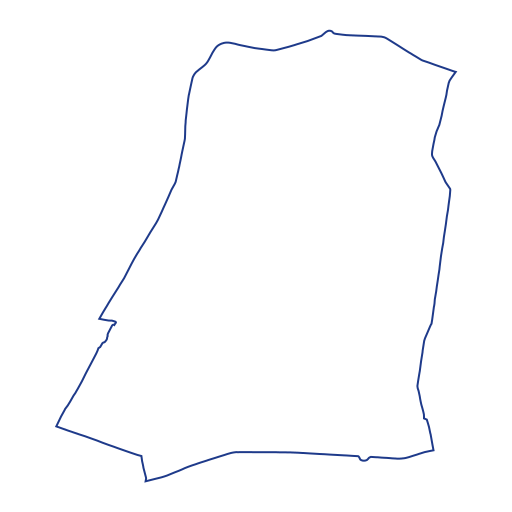 the district of Cuauhtémoc, Distrito Federal, Mexico
{"feature_id": "50627088B31527020598056", "entity_name": "Cuauhtémoc", "entity_type": "district", "adm_level": 2, "iso_a3": "MEX", "parent_name": "Mexico", "parent_adm1": "Distrito Federal", "projection": "albers", "projection_center": [-99.15, 19.433], "detail": "fine", "context": "isolated", "style": "outline", "palette": "blue", "viewbox_px": 512, "rotation_deg": 0, "n_neighbors": 0, "source": "geoboundaries", "source_scale": "gbopen_adm2", "svg_char_len": 5100}
<svg xmlns="http://www.w3.org/2000/svg" viewBox="0 0 512 512"><path d="M188.9,94.8L188.8,95.0L188.2,99.0L186.9,109.5L186.5,113.3L185.7,120.4L185.6,122.8L185.3,126.1L185.1,134.4L184.9,138.8L184.5,141.0L183.8,144.2L182.3,151.2L181.6,154.6L181.1,157.3L180.3,161.2L179.7,164.0L179.2,166.6L178.6,169.1L178.1,171.5L177.1,175.6L175.9,180.9L175.6,182.0L174.8,183.8L171.5,189.7L168.4,196.9L165.0,204.5L163.6,207.5L161.7,211.8L160.1,215.2L158.1,219.5L156.1,223.1L154.1,226.3L150.5,232.0L144.7,241.8L140.7,248.0L139.2,250.6L137.2,253.7L134.2,258.8L131.4,264.0L129.0,268.7L124.1,278.2L121.0,283.1L120.1,284.5L118.3,287.6L117.9,288.2L112.5,296.7L112.0,297.5L108.6,303.0L106.8,306.1L105.6,308.0L102.9,312.5L99.3,318.8L103.7,319.7L108.4,320.5L110.2,320.6L111.9,320.6L114.9,321.5L115.6,321.8L115.9,322.6L114.5,324.6L114.3,325.0L114.0,324.8L113.5,324.7L113.0,324.8L112.4,325.2L112.0,325.7L108.0,333.4L107.6,334.7L107.5,335.2L107.7,335.8L107.6,336.3L107.4,336.7L107.1,337.7L107.0,338.7L106.7,339.5L106.2,340.3L105.8,340.8L105.4,341.3L105.0,341.8L104.3,342.3L103.4,342.5L102.4,343.2L100.2,347.0L98.4,348.2L97.6,350.5L96.3,353.4L94.8,356.3L90.6,364.3L87.0,371.1L85.6,373.8L82.0,381.1L80.8,383.3L77.6,389.1L76.7,390.6L75.3,393.1L73.6,395.5L70.2,401.5L67.8,405.4L65.1,409.0L64.7,409.9L61.5,415.7L61.2,416.2L56.3,426.4L68.1,430.6L79.6,434.5L85.2,436.3L91.0,438.4L97.2,440.6L102.5,442.7L108.5,444.9L114.3,446.9L117.0,447.9L120.1,449.0L126.1,451.1L131.6,453.0L137.0,454.8L137.6,455.0L141.4,456.0L142.1,461.1L142.9,464.7L143.4,467.3L143.4,467.6L146.0,477.6L146.1,478.5L145.8,480.2L145.6,481.3L146.8,481.0L155.1,478.9L160.8,477.5L161.9,477.2L164.2,476.5L166.9,475.6L171.0,473.9L174.9,472.3L178.8,470.8L182.1,469.4L184.9,468.1L188.2,466.8L191.8,465.5L193.3,465.0L195.5,464.3L198.0,463.4L201.3,462.3L204.2,461.4L207.0,460.5L207.8,460.2L210.6,459.3L214.8,458.0L219.2,456.6L222.1,455.7L224.7,454.9L227.4,454.0L230.9,453.0L232.3,452.7L234.0,452.4L236.4,452.1L237.4,452.2L242.4,452.1L257.1,452.2L261.5,452.2L265.7,452.2L269.2,452.2L269.7,452.2L275.8,452.2L278.8,452.3L285.0,452.3L286.1,452.3L286.8,452.4L290.3,452.4L292.4,452.5L297.6,452.7L302.7,453.0L303.4,453.0L309.4,453.4L314.6,453.7L319.5,454.0L324.2,454.2L330.2,454.6L335.7,454.9L341.1,455.2L347.0,455.5L353.0,455.9L356.6,456.1L358.1,456.2L358.5,456.4L359.2,457.3L359.6,458.1L360.0,459.0L360.5,459.7L361.4,460.2L362.7,460.6L363.4,460.7L364.3,460.7L365.6,460.5L366.9,460.0L368.0,459.0L368.8,458.0L369.5,457.5L370.9,456.9L372.6,457.0L375.4,457.2L378.1,457.3L381.3,457.6L384.9,457.8L387.1,457.9L388.2,458.0L389.7,458.1L391.8,458.3L393.1,458.4L395.4,458.5L396.2,458.6L398.6,458.7L399.0,458.7L400.3,458.6L402.0,458.5L402.4,458.4L403.8,458.3L405.6,458.0L407.1,457.6L409.0,457.1L413.3,455.7L416.6,454.7L417.8,454.3L419.2,453.8L420.6,453.4L421.8,453.0L424.7,452.1L428.5,451.3L428.9,451.2L433.5,450.3L432.4,444.4L430.6,434.3L430.3,433.3L429.8,430.9L429.0,427.0L428.0,423.5L426.8,419.6L424.0,418.4L424.0,416.6L423.9,414.4L423.2,411.3L422.4,408.3L421.3,404.5L420.7,401.7L420.2,399.2L419.7,396.1L418.6,391.0L417.7,388.2L417.4,386.0L418.2,380.5L419.3,373.8L419.8,371.0L421.1,361.1L422.5,352.4L422.7,350.3L424.2,340.8L425.0,338.3L427.8,331.8L430.1,326.4L431.0,324.5L431.5,323.8L432.2,319.5L433.0,313.6L433.9,306.9L434.0,306.5L434.2,305.5L434.5,303.5L434.8,299.5L434.9,298.8L435.2,297.1L436.2,291.3L436.8,286.6L437.2,284.0L437.7,280.8L438.3,276.6L438.5,275.2L439.4,269.5L439.7,266.6L440.3,261.6L441.0,256.0L442.2,248.4L443.2,243.0L443.9,237.0L444.8,231.3L445.9,224.0L446.9,216.2L448.0,209.9L448.5,205.6L449.1,201.1L449.8,196.1L450.3,189.9L450.1,188.8L445.8,182.5L445.3,181.6L443.1,176.8L441.3,173.0L435.5,161.6L434.2,159.5L433.4,158.3L432.4,156.4L432.0,154.9L432.0,153.7L432.2,151.1L433.5,144.0L434.4,139.8L434.8,137.3L436.6,131.3L437.5,129.2L437.8,128.6L437.8,128.4L439.3,125.0L441.6,115.9L442.6,110.7L443.3,107.7L443.7,106.0L445.8,97.5L446.4,94.8L447.0,90.7L448.5,83.9L448.7,83.0L449.6,80.6L451.8,77.3L455.7,71.9L454.6,71.6L451.6,70.6L448.8,69.6L446.2,68.7L443.3,67.7L440.4,66.7L434.9,64.8L428.9,62.6L422.6,60.5L421.5,60.0L417.9,57.8L415.6,56.4L413.2,55.0L411.0,53.6L408.9,52.4L403.0,48.7L399.9,46.7L396.6,44.6L390.2,40.6L387.3,38.8L385.7,37.9L384.3,37.3L382.1,36.8L381.1,36.6L378.5,36.5L374.1,36.3L366.3,35.9L357.5,35.6L350.5,35.3L346.4,35.1L342.6,34.7L336.2,33.9L335.1,33.7L334.3,33.5L333.6,33.1L332.9,32.5L332.3,31.7L331.9,31.4L330.8,30.9L330.2,30.8L329.0,30.7L327.6,31.1L326.2,31.9L325.5,32.4L321.4,35.9L307.7,41.0L304.1,42.1L300.8,43.1L298.9,43.7L297.5,44.1L294.4,45.1L291.7,45.9L289.7,46.5L287.9,47.0L285.2,47.7L276.9,49.9L275.1,50.3L273.5,50.4L271.8,50.3L266.2,49.6L261.9,49.0L258.6,48.6L256.4,48.3L254.8,48.1L253.8,47.9L247.8,46.7L245.0,46.1L240.5,45.2L237.9,44.6L235.1,43.8L231.5,43.1L230.1,42.8L228.3,42.6L226.0,42.6L224.0,42.9L221.4,43.7L220.1,44.3L218.5,45.2L217.2,46.2L216.3,47.1L215.7,47.8L214.5,49.5L212.5,52.7L211.1,55.4L209.9,57.7L208.1,60.9L207.2,62.3L206.0,63.8L204.6,65.2L202.3,67.1L199.2,69.5L197.8,70.7L196.2,72.0L195.4,72.9L194.6,73.9L193.9,75.0L192.9,76.9L192.5,78.1L191.4,83.0L190.5,87.2L189.8,90.5L188.9,94.8Z" fill="none" stroke="#1e3a8a" stroke-width="2"/></svg>